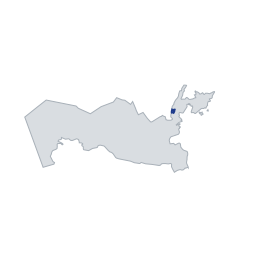 Yangiyul, Tashkent, Uzbekistan shown in context, rotated 331°
{"feature_id": "79887680B33047546093113", "entity_name": "Yangiyul", "entity_type": "district", "adm_level": 2, "iso_a3": "UZB", "parent_name": "Uzbekistan", "parent_adm1": "Tashkent", "projection": "orthographic", "projection_center": [69.037, 41.099], "detail": "fine", "context": "in_parent", "style": "filled", "palette": "blue", "viewbox_px": 256, "rotation_deg": 331, "n_neighbors": 0, "source": "geoboundaries", "source_scale": "gbopen_adm2", "svg_char_len": 4588}
<svg xmlns="http://www.w3.org/2000/svg" viewBox="0 0 256 256"><g transform="rotate(331 128 128)"><path d="M194.3,119.4L197.7,117.6L199.6,118.7L199.8,119.3L197.7,120.6L195.8,121.3L195.3,122.9L193.4,123.6L191.6,125.9L188.6,128.1L188.6,128.6L188.8,129.0L189.8,129.2L191.8,130.4L193.7,129.7L194.2,129.8L194.7,130.5L195.3,132.5L196.1,133.1L198.9,134.0L200.9,134.0L202.0,134.4L202.1,134.2L202.2,131.2L203.1,131.7L204.0,131.3L204.3,129.8L204.1,128.8L204.8,128.2L205.1,128.6L205.2,129.5L206.2,130.1L207.0,131.5L207.3,133.2L209.2,133.6L209.9,133.2L210.4,133.4L210.7,135.5L211.0,135.7L212.7,135.2L214.2,136.0L216.0,137.6L217.9,137.6L218.3,137.9L219.6,137.6L221.2,138.0L221.3,138.2L221.0,138.6L217.4,140.7L216.4,142.2L215.6,142.6L213.3,142.0L213.0,142.8L213.4,143.6L212.9,144.5L211.8,144.3L211.5,143.8L210.4,144.1L209.1,145.6L208.6,146.8L207.3,147.2L205.7,148.4L205.0,147.5L203.8,147.7L202.1,146.7L201.3,146.6L194.1,148.0L193.6,147.8L192.8,146.2L191.0,145.4L191.0,144.6L194.7,141.2L195.1,140.1L193.8,139.6L194.0,138.7L191.6,136.1L191.1,135.9L190.8,136.0L190.0,138.0L183.6,141.5L182.7,141.2L181.3,139.9L180.3,139.5L179.2,140.5L179.2,141.8L178.0,142.8L179.1,146.3L179.0,146.8L178.2,146.9L178.8,148.2L178.3,148.4L175.2,147.8L171.7,148.6L171.8,149.2L174.9,149.1L175.4,149.3L175.4,149.8L175.3,150.0L173.6,150.3L173.4,150.9L174.3,152.4L173.9,152.8L173.3,152.5L172.8,153.5L171.7,153.4L171.1,156.4L170.2,157.4L169.0,157.9L161.4,156.5L159.4,157.4L158.1,158.7L157.2,161.9L157.2,162.3L160.5,163.6L161.0,165.6L164.9,165.8L165.6,166.1L165.9,166.6L166.1,167.2L164.9,170.4L165.4,173.2L166.0,174.5L168.3,177.1L168.2,178.4L167.7,179.6L167.0,180.7L166.3,181.1L165.3,182.5L164.4,184.1L162.6,186.3L162.1,187.5L161.8,191.0L161.4,192.1L161.3,191.7L160.7,191.3L158.9,191.1L158.6,190.7L156.3,191.4L154.8,191.0L153.4,189.6L150.6,189.0L147.1,189.2L147.1,185.6L147.3,182.9L148.6,180.8L148.5,180.4L148.0,179.6L145.9,179.0L143.4,177.2L141.2,176.0L139.9,175.6L138.4,176.2L137.1,175.9L131.1,171.3L126.1,167.9L122.8,164.5L121.1,164.8L116.8,161.5L114.1,158.2L105.0,150.5L103.3,148.7L102.9,147.8L102.5,143.4L101.8,141.4L100.6,140.2L99.8,138.1L98.6,132.9L98.2,132.0L95.5,129.6L94.0,129.0L92.8,129.2L92.0,130.0L91.1,130.0L87.1,128.7L82.6,128.7L78.9,125.7L78.7,125.3L78.8,124.6L79.7,123.0L79.7,122.2L79.2,121.4L79.3,120.5L79.7,120.1L80.4,120.3L80.7,120.0L80.7,119.5L79.9,118.4L78.2,117.3L78.6,116.6L78.9,115.0L79.2,114.2L79.0,113.9L77.8,112.5L73.5,112.0L72.5,111.5L71.8,110.9L71.1,109.0L70.8,108.6L67.9,107.5L65.2,104.0L64.5,105.3L63.8,105.5L61.6,104.9L60.4,105.6L62.8,109.1L63.3,110.2L63.2,110.8L62.3,110.8L61.8,109.1L61.4,108.7L58.8,107.5L57.8,108.3L57.4,109.5L56.0,111.5L54.6,111.7L51.3,111.3L50.3,111.7L49.6,112.2L48.1,113.8L46.3,115.1L46.1,121.0L47.0,122.6L45.7,123.7L34.7,121.2L43.0,68.4L58.8,65.7L70.0,63.9L93.0,83.4L93.5,84.1L93.7,85.5L94.2,86.8L102.0,97.3L114.9,96.3L127.8,98.2L132.8,96.0L136.4,100.5L138.7,102.2L141.7,108.6L144.9,107.1L144.1,114.6L143.7,116.8L143.5,121.4L148.7,121.7L149.6,129.0L150.7,133.6L151.8,134.2L161.9,133.7L162.7,134.1L164.1,133.6L165.0,135.1L166.0,136.1L165.3,139.2L166.5,140.5L169.3,142.0L171.0,142.0L171.4,141.5L171.3,140.7L170.9,139.9L170.9,139.0L171.2,138.3L172.9,135.9L175.6,133.6L176.2,132.7L176.5,131.2L177.4,130.4L179.8,129.4L180.1,128.6L183.0,126.7L186.2,125.5L187.6,124.5L189.0,122.7L191.1,120.7L191.8,120.7L192.4,121.3L192.9,121.3L194.3,119.4ZM193.9,137.3L193.5,136.4L193.0,136.0L192.8,136.2L193.6,137.3L193.9,137.3ZM200.4,152.3L198.2,152.4L198.5,150.9L197.7,150.3L197.6,149.6L197.7,148.9L198.3,148.7L198.9,149.7L200.6,150.1L200.0,151.1L200.5,152.1L200.4,152.3ZM206.8,150.7L206.5,152.0L205.5,151.4L205.6,151.1L206.8,150.7Z" fill="#d9dde1" stroke="#a8b0b8" stroke-width="1"/><path d="M177.9,134.5L178.0,134.5L178.0,134.4L177.5,134.3L177.6,134.6L177.3,134.7L177.1,134.8L176.7,134.9L176.4,134.7L176.6,134.4L176.4,134.3L176.4,134.2L176.2,134.3L176.2,134.1L175.8,134.1L175.5,134.1L175.7,133.8L175.5,133.0L175.3,133.2L175.2,133.3L175.2,133.7L175.1,133.8L174.9,133.7L174.7,133.8L174.6,134.0L174.4,134.2L174.3,134.4L173.9,134.8L173.8,135.0L173.7,135.1L173.9,135.5L173.7,135.9L174.4,136.0L174.6,136.4L174.8,136.2L175.1,136.0L175.2,136.3L175.3,136.4L175.4,136.5L175.3,136.8L175.2,137.0L175.3,137.0L175.5,137.0L175.6,136.9L175.8,136.7L176.0,136.6L176.0,136.4L176.3,136.3L176.4,136.2L176.5,136.1L176.8,135.9L177.0,135.8L177.0,135.7L177.2,135.4L177.3,135.3L177.3,135.2L177.5,135.0L177.6,134.9L177.8,134.8L177.8,134.7L177.9,134.5ZM176.3,135.3L176.1,135.4L176.0,135.5L175.9,135.5L175.9,135.3L176.1,135.1L176.3,135.0L176.2,135.2L176.3,135.3Z" fill="#3b82f6" stroke="#1e3a8a" stroke-width="1.5"/></g></svg>